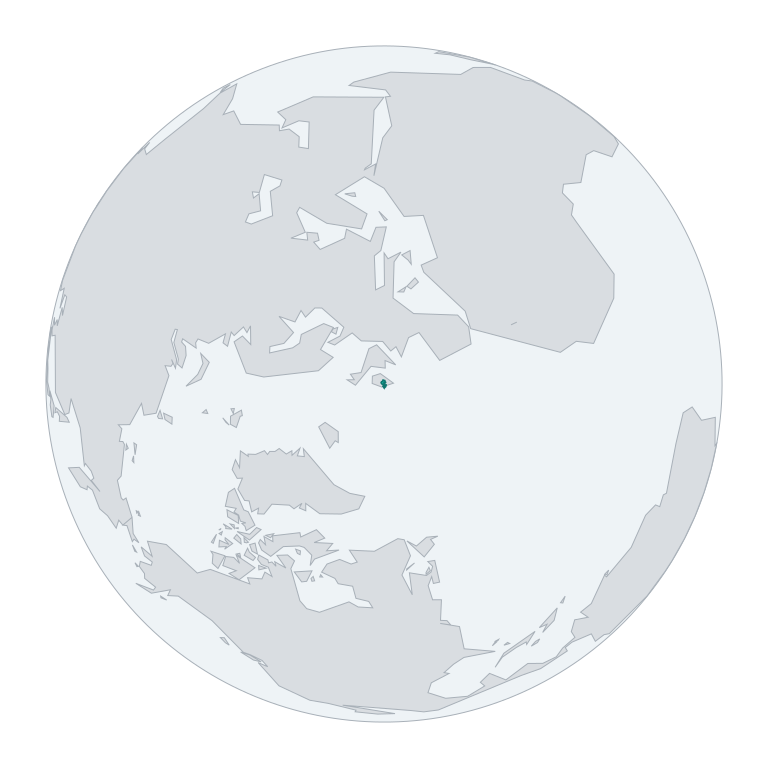 Galway on an orthographic globe, rotated 246°
{"feature_id": "IRL-713", "entity_name": "Galway", "entity_type": "County", "adm_level": 1, "iso_a3": "IRL", "parent_name": "Ireland", "parent_adm1": "", "projection": "orthographic", "projection_center": [-9.136, 53.343], "detail": "fine", "context": "on_globe", "style": "filled", "palette": "teal", "viewbox_px": 768, "rotation_deg": 246, "n_neighbors": 0, "source": "natural_earth", "source_scale": "10m", "svg_char_len": 12164}
<svg xmlns="http://www.w3.org/2000/svg" viewBox="0 0 768 768"><g transform="rotate(246 384 384)"><circle cx="384" cy="384" r="338" fill="#eef3f6" stroke="#a8b0b8"/><path d="M105.9,575.9L98.4,564.4L83.3,538.0L64.3,488.3L65.5,483.1L63.0,472.4L71.4,471.8L71.7,450.7L69.5,442.4L65.6,442.9L60.3,411.4L61.9,390.9L64.1,301.1L68.3,287.0L74.7,275.9L107.4,215.6L78.4,260.0L85.0,244.0L96.3,224.3L97.4,225.8L114.9,203.2L125.2,187.7L151.0,165.3L180.7,155.7L173.0,162.8L181.0,160.2L191.3,151.5L196.1,146.4L237.7,130.7L273.9,109.8L278.7,100.4L282.9,105.2L287.5,86.4L302.9,76.2L289.5,89.6L291.3,92.7L303.8,86.3L308.3,88.1L316.9,86.3L321.1,89.2L313.0,97.6L315.6,99.9L324.3,95.3L334.0,95.9L320.9,102.1L336.6,104.0L325.9,119.8L287.3,136.5L285.3,149.9L255.9,180.1L262.5,180.6L255.6,193.2L260.6,198.7L253.7,203.4L263.7,203.8L269.0,198.6L275.2,197.2L278.7,200.1L270.5,206.4L267.6,205.8L267.0,209.2L261.4,211.2L266.1,211.9L255.8,219.5L271.0,216.5L267.0,226.4L258.8,230.3L253.2,223.8L220.2,219.0L210.2,222.0L201.7,232.2L199.2,263.4L190.8,269.7L184.1,282.7L191.6,281.6L199.6,271.2L212.0,273.1L220.2,260.9L226.4,260.1L237.5,250.5L242.7,258.7L241.8,272.1L232.9,280.7L232.2,287.1L246.3,284.8L235.1,307.2L237.1,333.7L233.5,339.1L216.3,338.3L202.2,322.7L179.9,324.1L201.2,330.4L191.8,344.9L193.1,350.6L197.7,354.3L204.0,351.8L202.2,358.6L180.4,354.2L181.7,348.0L188.6,349.2L181.8,342.3L167.1,340.6L163.5,348.7L145.1,339.5L142.2,345.3L136.7,347.0L142.4,338.0L131.7,354.3L109.5,349.5L94.5,376.9L101.7,345.8L99.7,333.5L95.9,321.5L93.1,325.7L91.8,305.7L84.1,298.6L71.8,312.5L64.7,333.4L67.2,353.2L72.3,350.7L76.7,362.7L64.1,375.0L70.2,401.7L64.2,415.5L64.7,430.4L70.1,439.8L74.9,455.4L81.6,454.4L91.0,462.3L87.9,475.6L95.6,470.8L99.1,484.1L119.7,507.7L117.3,508.9L134.2,543.4L157.7,569.6L163.1,582.9L159.8,586.0L169.1,594.1L169.3,597.6L211.0,626.6L236.0,645.6L237.7,656.2L221.7,659.3L218.8,673.1L193.1,661.3L194.4,663.7L193.3,663.0L173.3,648.2L154.5,632.0L136.9,614.5L120.7,595.8L105.9,575.9ZM89.3,384.0L96.6,421.4L88.0,408.4L90.5,409.0L89.5,397.7L86.3,380.9L80.0,370.3L89.3,384.0ZM102.5,381.9L100.8,376.5L103.1,380.7L102.5,381.9ZM197.5,144.0L191.0,151.2L180.1,158.8L184.9,152.5L197.5,144.0ZM218.9,131.4L217.2,134.9L208.4,136.4L212.1,133.9L218.9,131.4ZM281.1,93.7L275.0,97.6L279.4,93.3L281.1,93.7ZM317.3,85.5L317.6,84.0L322.0,83.8L317.3,85.5ZM233.9,246.8L235.6,248.6L232.6,249.4L233.9,246.8ZM237.0,241.0L232.4,240.6L233.1,237.9L236.0,238.2L237.0,241.0ZM332.5,88.3L339.3,88.7L331.0,89.6L332.5,88.3ZM242.6,242.2L235.2,233.1L236.7,228.3L248.8,225.6L242.6,242.2ZM342.4,90.0L359.2,91.6L361.3,88.0L364.7,99.6L349.4,94.0L338.7,95.5L343.9,92.5L342.4,90.0ZM269.2,195.7L263.7,201.4L265.1,194.1L269.2,195.7ZM268.6,191.4L264.1,172.0L274.0,165.4L273.5,173.1L283.7,162.9L290.8,169.2L286.7,176.2L278.9,179.1L287.6,179.4L268.6,191.4ZM364.0,106.1L366.8,108.0L362.3,107.7L364.0,106.1ZM277.8,196.1L276.0,192.6L284.4,186.6L289.5,192.6L285.2,192.6L277.8,196.1ZM283.0,157.3L290.1,154.2L297.8,158.4L301.6,157.9L291.8,168.8L283.0,157.3ZM285.0,195.4L291.9,195.9L291.1,201.5L280.1,199.2L285.0,195.4ZM284.4,182.6L288.7,180.1L288.0,183.4L284.4,182.6ZM292.1,222.4L289.7,217.8L293.9,214.3L292.1,222.4ZM294.6,195.8L294.8,193.8L296.2,192.0L300.5,193.6L294.6,195.8ZM297.9,171.2L299.6,173.8L302.3,166.9L308.2,170.1L300.5,177.0L306.3,175.4L308.1,176.4L299.8,180.9L297.9,171.2ZM309.0,189.8L301.3,200.2L304.7,209.2L301.0,212.5L296.2,197.6L309.0,189.8ZM304.3,184.1L306.4,188.3L300.8,190.1L296.0,188.4L304.3,184.1ZM314.9,169.9L307.9,163.2L309.8,162.0L314.9,169.9ZM311.1,192.0L312.9,189.5L312.0,192.4L311.1,192.0ZM314.9,176.2L312.2,173.9L314.5,172.5L314.9,176.2ZM318.8,186.5L316.3,189.8L312.9,188.6L318.8,186.5ZM317.9,181.5L321.7,180.2L313.2,186.2L316.3,180.6L317.9,181.5ZM317.5,175.3L317.9,173.7L318.3,176.4L317.5,175.3ZM333.0,189.4L323.2,197.3L315.7,194.5L326.3,187.2L333.0,189.4ZM643.8,167.9L656.7,184.5L659.6,188.4L662.1,192.4L672.2,207.9L672.8,208.6L686.7,233.8L698.4,260.0L694.3,252.5L700.0,268.2L696.2,261.0L690.3,260.2L696.6,283.2L709.0,331.2L716.4,352.4L718.1,371.6L706.2,361.7L695.5,346.7L694.6,357.8L679.5,358.6L663.2,393.6L657.9,391.5L655.5,401.0L644.4,407.1L635.1,402.5L629.8,410.7L653.8,422.2L659.1,413.3L659.4,395.0L665.4,401.8L675.7,397.5L675.1,436.1L646.0,500.5L638.2,486.3L590.3,461.9L588.9,454.8L588.5,454.2L587.6,453.3L588.4,465.8L578.4,459.5L609.4,483.0L616.7,496.1L645.7,502.1L644.2,506.9L652.0,505.1L670.9,473.5L672.1,479.2L666.2,516.9L635.6,580.0L636.9,594.2L629.9,610.0L604.6,636.0L600.5,642.6L586.6,653.9L581.5,658.1L575.7,662.3L545.7,680.7L514.1,695.9L516.2,694.8L508.0,695.8L498.8,684.7L511.9,670.5L511.2,661.9L488.0,645.8L493.5,629.2L486.0,624.7L471.4,630.1L462.2,624.0L452.9,625.8L390.8,638.9L368.9,628.8L335.8,592.0L344.8,577.0L341.2,558.0L399.3,485.7L417.5,487.8L469.9,465.8L477.5,466.3L477.6,484.2L522.0,488.6L528.9,470.5L562.8,463.7L581.3,450.4L576.7,416.6L546.3,437.7L534.8,426.6L554.1,397.1L579.7,378.8L576.0,373.9L554.6,373.8L555.1,358.3L546.5,372.8L554.0,375.2L548.8,384.6L541.7,383.1L542.2,377.5L532.9,380.4L533.1,407.3L540.7,412.7L519.8,429.5L530.4,440.4L526.6,450.0L507.2,435.4L505.0,427.3L473.4,414.6L473.8,424.5L503.7,437.4L496.8,438.6L497.6,453.1L491.5,442.9L458.8,427.2L436.3,439.7L417.0,479.3L401.9,484.6L385.1,479.8L382.9,444.5L416.8,436.9L416.4,425.3L401.7,410.9L413.2,410.1L411.4,403.6L423.4,400.1L432.6,380.8L443.6,375.7L439.7,354.8L444.9,349.7L445.7,363.3L452.2,370.4L478.7,358.1L481.6,351.8L477.0,339.5L484.9,338.1L476.9,327.9L488.5,315.6L467.8,322.3L461.8,309.1L464.6,295.0L458.9,292.1L454.2,315.3L455.7,323.6L462.9,328.6L463.7,353.5L456.2,360.8L441.3,340.0L429.0,348.4L422.8,329.5L439.3,277.0L450.0,262.6L483.5,264.2L485.4,274.2L474.2,278.3L491.4,285.7L486.7,279.7L493.3,278.8L489.2,266.8L493.6,265.6L482.1,256.4L487.1,253.7L494.3,259.6L492.5,240.4L500.8,232.4L498.3,228.7L493.2,227.0L507.2,218.5L504.7,216.2L499.1,218.0L490.5,214.8L480.8,206.0L486.2,203.5L490.4,206.3L507.4,208.9L517.8,217.4L519.0,215.5L511.2,207.7L490.5,204.4L483.2,199.9L492.8,199.9L488.7,199.6L486.8,196.6L489.8,191.5L479.1,190.9L450.0,163.9L453.1,152.0L464.9,154.6L450.3,135.2L454.8,124.7L449.7,126.3L439.2,118.9L437.7,122.0L434.4,122.3L406.8,106.4L404.5,101.3L386.8,97.6L384.1,98.5L384.8,102.0L364.7,99.6L361.3,88.0L367.5,86.3L361.2,80.7L376.1,77.9L385.6,73.5L405.6,74.5L411.4,71.5L408.2,69.7L413.6,64.8L435.7,61.7L431.8,71.7L401.3,80.8L415.0,77.4L416.0,80.6L423.5,81.1L432.8,78.9L431.2,77.0L467.4,88.6L498.0,92.2L485.7,84.4L485.9,80.0L509.9,80.4L562.3,103.4L563.0,100.3L568.2,102.6L579.0,110.2L571.7,106.9L575.8,111.7L570.0,109.1L584.9,121.2L577.3,118.1L592.6,129.5L595.3,128.7L584.9,118.7L601.5,130.8L600.9,126.5L609.3,132.4L635.5,158.3L643.8,167.9ZM386.4,524.1L386.5,530.4L386.5,530.5L386.4,524.1ZM611.9,373.7L624.0,359.9L609.7,348.0L613.1,341.9L607.0,340.4L608.6,347.3L592.4,341.7L594.4,329.8L588.4,323.3L584.1,327.8L583.0,350.7L606.3,358.5L607.3,369.5L611.9,373.7ZM120.5,508.3L122.6,513.6L119.0,510.0L120.5,508.3ZM84.6,411.9L87.2,417.7L87.8,422.6L85.4,419.1L84.6,411.9ZM112.4,456.3L116.5,463.2L111.2,458.3L112.4,456.3ZM98.3,426.8L109.0,451.2L98.9,443.3L92.5,427.9L98.2,435.2L98.3,426.8ZM96.6,387.3L97.7,391.8L95.8,393.3L96.6,387.3ZM104.1,385.0L103.3,383.9L103.7,380.2L104.1,385.0ZM193.1,345.1L194.7,345.7L198.3,350.5L194.6,350.4L193.1,345.1ZM226.7,360.6L223.1,371.3L223.1,363.3L217.1,364.8L209.7,350.4L231.3,341.1L222.8,347.7L226.7,360.6ZM205.8,329.5L208.1,339.1L204.8,329.0L205.8,329.5ZM389.3,373.4L395.9,376.6L395.0,384.9L380.9,393.0L382.1,380.8L389.3,373.4ZM405.4,379.3L394.5,357.4L402.8,352.0L400.0,358.6L406.6,357.3L403.8,367.7L422.4,384.6L422.8,393.2L396.7,402.5L405.0,394.5L398.0,391.6L405.4,379.3ZM352.0,316.3L347.4,308.3L371.4,306.9L372.9,314.6L359.1,322.8L349.1,318.4L352.0,316.3ZM265.5,239.8L262.2,237.9L264.5,236.0L269.1,236.1L265.5,239.8ZM290.6,220.5L282.4,246.7L278.1,245.7L278.4,263.0L267.3,267.2L267.6,255.7L259.2,272.3L255.0,263.7L250.6,275.4L252.3,249.4L248.2,242.7L257.0,248.4L267.2,244.6L270.4,241.0L276.4,225.9L272.6,210.4L282.1,204.7L289.9,204.8L292.3,207.7L285.3,210.4L293.5,212.3L285.2,218.4L290.6,220.5ZM375.3,217.5L366.3,218.0L381.3,225.6L373.1,230.6L375.3,231.2L371.9,238.1L371.7,247.7L367.0,248.9L368.9,252.2L366.7,257.0L367.7,262.0L359.8,266.2L360.5,272.7L356.3,271.0L359.6,281.2L353.6,275.6L350.1,281.7L357.7,284.0L312.4,297.3L298.0,308.3L289.2,320.8L280.2,310.2L282.6,292.0L291.6,272.6L306.8,263.9L300.0,261.0L305.2,256.2L308.4,260.5L306.6,251.0L311.8,248.3L319.8,232.7L314.0,221.5L316.8,215.8L321.6,218.9L321.0,211.1L332.1,213.2L334.3,209.3L347.5,207.8L355.6,216.4L357.5,211.5L367.6,210.5L375.3,217.5ZM336.8,189.3L348.3,197.8L349.5,205.0L326.0,204.7L322.5,208.0L307.5,208.7L306.1,198.5L310.5,199.1L314.4,197.5L313.3,201.3L317.2,197.0L323.4,197.9L328.1,194.9L330.5,198.4L336.8,189.3ZM482.3,457.6L487.5,456.4L494.7,452.7L495.3,462.1L482.3,457.6ZM459.9,447.3L464.0,444.7L468.4,455.5L463.1,456.9L459.9,447.3ZM462.5,434.3L463.9,443.7L460.0,439.5L462.5,434.3ZM449.1,360.4L453.1,357.2L455.0,359.7L454.5,364.8L449.1,360.4ZM418.1,243.1L412.7,241.7L413.0,239.5L404.3,231.4L409.7,227.3L417.0,230.7L418.1,243.1ZM573.7,425.5L570.6,435.1L566.8,434.4L568.6,431.2L573.7,425.5ZM532.8,451.2L544.0,449.5L532.8,453.8L532.8,451.2ZM422.5,237.3L418.3,234.3L423.6,234.1L422.5,237.3ZM413.2,224.0L418.7,222.9L409.4,225.9L413.2,224.0ZM630.1,615.6L632.1,613.1L645.1,594.9L657.8,578.3L665.3,565.3L665.3,569.3L648.0,594.9L630.1,615.6ZM716.9,352.9L719.7,357.6L720.1,365.4L716.9,352.9ZM666.5,198.6L666.1,198.0L662.9,193.2L666.5,198.6ZM462.5,202.2L468.5,217.7L476.4,227.0L486.5,229.0L474.9,233.2L462.7,218.8L462.5,202.2ZM451.0,168.7L442.2,167.6L444.2,164.1L446.5,163.9L451.0,168.7ZM447.0,170.8L439.8,177.0L433.6,173.9L440.6,169.5L447.0,170.8ZM431.6,206.4L433.0,211.1L428.7,211.0L431.6,206.4ZM558.5,94.9L556.1,93.9L549.3,89.8L552.8,91.6L558.5,94.9ZM524.7,77.1L546.7,88.4L563.9,98.8L561.5,97.0L570.8,102.5L571.0,103.4L554.4,93.6L542.5,86.5L534.8,83.3L522.5,77.5L516.1,76.2L508.8,73.6L510.9,72.7L524.7,77.1ZM513.9,76.1L498.3,73.8L488.1,68.1L489.2,67.3L500.7,70.6L505.4,73.4L513.9,76.1ZM491.6,71.7L496.0,74.6L482.5,80.8L477.1,80.9L482.0,72.2L486.4,74.5L491.5,74.3L491.6,71.7ZM369.0,106.1L367.0,107.8L366.4,105.6L369.0,106.1ZM433.8,124.2L429.3,124.2L428.7,121.3L433.8,124.2ZM416.4,122.7L420.2,126.0L413.9,123.5L416.4,122.7ZM429.1,133.3L420.6,127.8L431.9,131.6L429.1,133.3Z" fill="#d9dde1" stroke="#a8b0b8" stroke-width="1"/><path d="M384.5,385.2L384.3,385.0L384.5,385.0L384.7,384.9L384.9,384.7L384.7,384.7L384.7,384.8L384.4,384.7L384.5,384.6L384.8,384.5L384.8,384.3L384.3,384.1L384.2,384.2L384.1,384.3L384.1,384.5L383.1,384.6L382.9,384.7L382.7,384.7L382.6,384.4L382.4,384.4L382.4,384.5L382.3,384.4L382.3,384.1L382.5,384.1L382.4,383.9L382.5,383.7L382.4,383.7L382.3,383.8L382.3,384.0L382.2,384.1L382.2,383.9L382.2,383.7L382.1,383.8L381.9,384.1L381.7,384.2L381.4,384.1L381.3,383.9L381.5,383.9L381.7,383.7L381.4,383.7L381.5,383.5L381.4,383.5L381.2,383.5L381.1,383.8L380.9,383.8L380.9,383.7L380.7,383.6L380.4,383.5L380.4,383.4L380.5,383.4L380.8,383.3L380.7,383.3L380.7,383.2L380.8,383.2L380.7,383.1L380.5,382.9L380.4,382.8L380.3,382.7L380.5,382.7L380.6,382.8L380.6,382.7L380.9,382.7L381.0,382.8L381.0,382.7L380.9,382.5L380.9,382.4L381.2,382.5L381.3,382.4L381.5,382.4L381.8,382.5L382.0,382.5L382.4,382.5L382.5,382.5L382.5,382.4L382.6,382.5L382.8,382.7L383.2,382.7L383.3,382.7L383.3,382.8L383.5,382.8L383.5,383.0L383.8,383.2L384.0,383.2L384.3,382.8L384.4,382.7L384.5,382.5L384.5,382.4L384.6,382.2L384.9,382.2L385.0,382.1L385.3,382.1L385.7,382.0L385.7,381.9L385.8,381.9L386.0,381.8L386.3,381.8L386.4,382.0L386.5,382.0L386.6,382.3L386.8,382.5L387.0,382.6L386.9,382.7L387.0,382.8L387.0,383.0L387.1,383.3L387.1,383.5L387.2,383.8L387.3,384.0L387.4,384.3L387.5,384.3L387.8,384.4L388.1,384.6L388.1,384.8L387.9,384.9L387.7,385.0L387.4,385.4L387.3,385.5L387.2,385.7L387.1,385.8L387.0,386.1L386.9,386.1L386.7,386.2L386.3,386.1L386.2,386.0L386.1,385.9L385.9,385.8L385.7,385.8L385.4,386.0L385.2,386.2L384.9,386.2L384.9,385.9L384.9,385.7L384.5,385.5L384.4,385.4L384.4,385.2L384.5,385.2L384.5,385.2ZM382.2,385.4L382.2,385.5L381.7,385.3L381.6,385.2L381.8,385.2L382.0,385.2L382.1,385.3L382.2,385.4ZM382.1,384.4L382.2,384.5L381.9,384.5L381.9,384.4L382.0,384.4L382.1,384.4Z" fill="#14b8a6" stroke="#0f766e" stroke-width="1.5"/></g></svg>